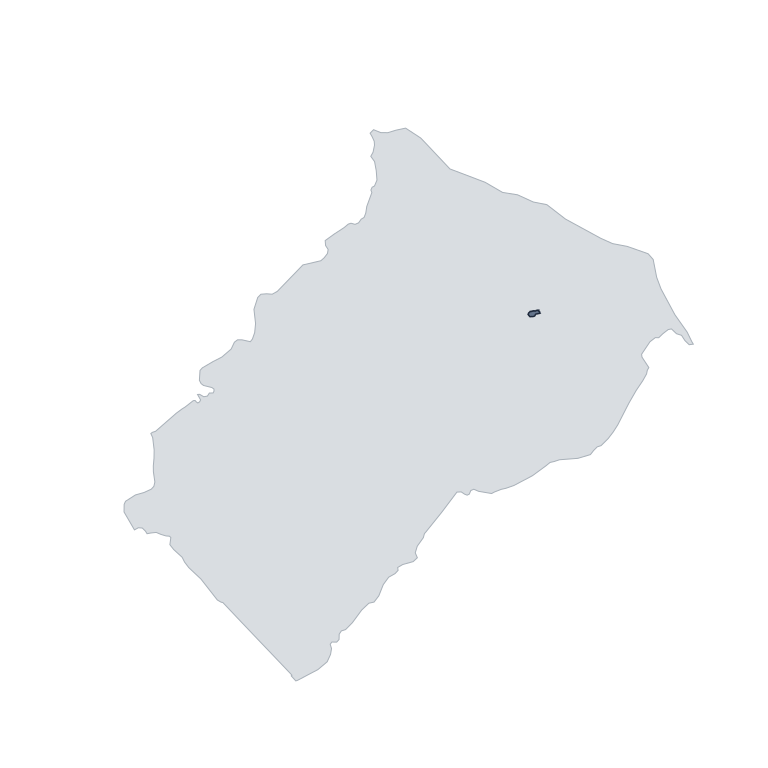 Obuasi East, Ashanti, Ghana (highlighted), rotated 227°
{"feature_id": "2480657B26017273678273", "entity_name": "Obuasi East", "entity_type": "district", "adm_level": 2, "iso_a3": "GHA", "parent_name": "Ghana", "parent_adm1": "Ashanti", "projection": "mercator", "projection_center": [-1.604, 6.179], "detail": "fine", "context": "in_parent", "style": "filled", "palette": "slate", "viewbox_px": 768, "rotation_deg": 227, "n_neighbors": 0, "source": "geoboundaries", "source_scale": "gbopen_adm2", "svg_char_len": 3965}
<svg xmlns="http://www.w3.org/2000/svg" viewBox="0 0 768 768"><g transform="rotate(227 384 384)"><path d="M467.7,106.6L473.2,111.9L474.5,115.0L472.4,126.5L468.3,134.5L465.8,142.1L466.1,145.9L468.6,149.6L477.1,155.5L481.4,159.4L486.6,165.2L492.5,170.9L502.6,178.3L506.8,179.7L506.6,181.7L505.2,184.6L504.3,212.1L503.5,219.2L502.8,222.8L501.9,233.1L500.8,234.6L498.9,234.5L497.1,234.9L496.7,236.9L497.4,239.0L503.5,240.5L502.2,242.1L497.6,243.5L495.6,246.6L496.5,250.1L494.0,252.9L494.7,254.8L496.3,256.2L498.8,255.7L506.0,251.0L509.0,250.5L512.6,251.5L519.4,258.7L519.7,262.2L517.0,274.3L514.3,283.7L513.8,296.1L516.6,303.1L516.2,307.0L513.1,310.3L506.1,315.1L506.6,318.4L509.8,324.5L515.8,331.3L527.3,339.8L533.4,350.7L533.6,355.2L530.0,359.7L525.9,363.5L524.5,369.2L526.4,405.9L517.2,421.9L517.1,426.4L518.0,431.7L520.5,434.9L525.1,435.7L529.0,438.8L527.6,450.0L525.6,461.4L525.3,466.9L524.1,469.5L520.5,471.7L519.2,475.3L520.1,479.7L519.4,483.0L521.4,487.2L525.6,492.5L532.3,505.7L534.8,506.7L536.0,509.5L535.3,512.1L537.9,517.9L545.3,523.8L553.1,528.8L559.5,529.6L561.0,534.1L565.1,539.9L568.2,542.4L573.0,544.0L576.9,544.9L577.1,549.8L570.0,553.1L565.2,558.2L561.5,565.8L556.4,574.3L538.9,578.6L532.2,578.7L496.3,578.9L462.6,595.5L443.2,601.4L431.3,610.7L415.3,617.3L404.1,625.4L380.9,629.2L342.7,641.9L330.8,646.9L318.8,655.7L299.1,666.0L291.5,665.8L276.1,656.2L264.5,651.4L236.3,644.0L215.2,641.1L205.0,638.0L202.2,637.4L204.6,634.0L210.5,633.7L216.7,634.8L221.3,632.2L228.2,631.8L230.0,629.0L230.6,622.1L230.5,616.5L232.9,614.0L233.5,607.3L230.1,592.7L227.7,591.0L215.4,588.9L214.5,586.0L212.3,582.9L209.9,575.4L207.3,564.1L203.0,550.1L194.7,527.1L192.6,519.0L191.2,510.7L190.9,500.7L192.6,497.1L192.4,491.9L191.6,486.8L197.4,475.1L208.9,460.7L211.3,455.5L213.4,451.9L213.7,446.8L215.7,430.0L221.2,409.7L224.6,402.0L227.0,397.9L229.7,391.1L230.5,388.0L241.0,380.0L245.8,377.9L246.9,374.8L245.3,371.3L246.0,369.0L248.5,367.8L252.4,366.9L255.2,363.6L250.8,338.6L247.2,313.6L247.0,311.5L244.8,308.0L242.7,297.7L239.2,291.7L234.2,289.9L234.2,284.2L239.2,274.6L240.5,268.9L238.1,267.2L237.8,262.8L239.5,255.7L238.7,251.4L237.8,246.7L232.6,235.7L231.3,228.0L234.0,223.4L233.9,213.5L231.0,198.1L230.6,188.4L232.5,184.4L231.6,180.6L227.8,176.9L227.5,173.4L230.8,169.9L230.4,167.2L226.3,165.2L222.7,160.5L219.6,153.0L220.2,141.0L226.2,118.8L227.0,117.0L233.8,117.1L233.8,118.1L254.9,117.9L279.1,117.6L308.0,117.3L334.2,117.1L335.4,116.1L339.7,114.8L366.2,117.1L382.8,116.0L389.8,116.7L394.9,118.2L406.4,117.3L412.5,117.8L417.1,123.4L419.0,123.3L421.5,121.0L426.1,118.3L430.8,116.2L434.1,111.8L436.1,108.6L439.1,109.2L443.5,109.0L446.4,106.3L447.5,102.0L467.7,106.6Z" fill="#d9dde1" stroke="#a8b0b8" stroke-width="1"/><path d="M329.4,546.4L329.6,546.4L329.7,546.5L329.8,546.5L330.0,546.6L330.3,546.7L330.3,546.8L330.4,547.0L330.5,547.0L330.7,546.9L330.8,546.9L331.0,546.9L331.3,547.0L331.5,547.1L331.8,547.0L331.9,546.9L332.0,547.0L332.0,546.9L332.3,546.8L332.5,546.8L332.6,547.0L332.8,547.2L333.0,547.1L333.1,546.9L333.2,546.7L333.3,546.6L333.4,546.4L333.5,546.3L333.5,546.2L333.5,545.9L333.7,545.7L333.8,545.7L334.0,545.5L334.0,545.4L334.0,545.2L334.0,544.9L334.0,544.7L334.1,544.4L334.5,544.2L334.8,544.1L334.9,543.9L335.0,543.6L335.0,543.4L335.3,543.2L335.5,543.3L335.7,543.2L335.8,543.0L335.8,542.9L335.8,542.7L335.9,542.4L336.0,542.4L336.0,542.2L336.2,541.8L336.2,541.7L336.3,541.5L336.5,541.5L336.5,541.4L336.6,541.2L336.8,541.0L336.9,540.9L337.0,540.8L337.1,540.7L337.3,540.6L337.4,540.4L337.3,540.2L337.2,540.1L337.2,539.9L337.3,539.8L337.3,539.5L337.3,539.0L337.3,538.4L337.3,538.2L337.1,537.9L336.9,537.6L336.9,537.4L336.8,537.2L336.7,537.1L336.7,536.9L336.3,536.8L335.9,536.8L335.7,536.7L335.1,536.7L334.7,536.7L334.3,536.6L334.1,536.6L333.6,536.7L332.7,537.9L331.8,538.8L331.2,539.9L331.0,540.7L331.3,541.6L331.6,542.4L331.4,543.1L330.7,544.0L330.5,544.6L329.9,545.3L329.7,545.7L329.4,546.4Z" fill="#64748b" stroke="#1e293b" stroke-width="1.5"/></g></svg>